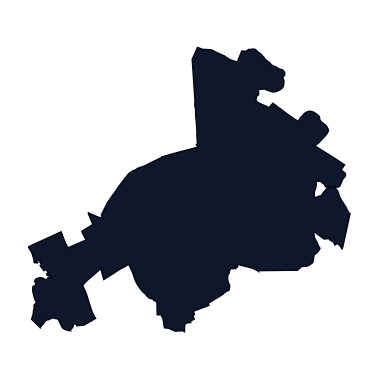 Ipotesti, Suceava, Romania (Albers equal-area conic projection), rotated 4°
{"feature_id": "2599482B72683060143677", "entity_name": "Ipotesti", "entity_type": "district", "adm_level": 2, "iso_a3": "ROU", "parent_name": "Romania", "parent_adm1": "Suceava", "projection": "albers", "projection_center": [26.291, 47.622], "detail": "fine", "context": "isolated", "style": "filled", "palette": "ink", "viewbox_px": 384, "rotation_deg": 4, "n_neighbors": 0, "source": "geoboundaries", "source_scale": "gbopen_adm2", "svg_char_len": 5949}
<svg xmlns="http://www.w3.org/2000/svg" viewBox="0 0 384 384"><g transform="rotate(4 192 192)"><path d="M346.3,235.6L351.1,202.6L350.4,202.5L350.0,202.2L349.8,201.6L349.4,200.9L348.8,199.9L348.3,199.4L347.9,198.9L346.5,196.3L345.6,195.2L343.1,191.6L342.7,191.4L342.1,190.6L339.6,186.5L337.4,181.1L336.3,179.7L335.2,178.7L332.4,177.6L330.8,177.3L328.9,177.6L327.3,178.4L326.4,179.1L325.3,180.4L324.8,181.1L324.6,181.5L323.1,183.3L322.7,184.1L322.0,185.8L321.6,186.2L321.1,186.4L320.9,186.8L320.0,187.0L318.2,187.6L316.5,188.8L315.7,188.7L315.5,188.9L315.4,189.2L315.1,189.2L314.3,187.8L314.1,186.9L314.1,183.1L314.2,182.5L314.5,181.7L314.8,180.2L315.2,178.6L315.4,176.8L315.2,173.7L315.1,173.0L316.2,172.6L317.4,172.3L319.8,172.4L320.5,172.9L321.5,173.8L323.6,175.0L324.6,177.3L325.0,177.5L336.4,177.0L337.6,176.8L338.6,176.1L339.1,175.4L341.4,168.9L341.8,168.2L343.5,166.0L343.8,165.4L343.9,164.5L343.9,163.6L343.7,163.0L342.8,162.0L338.9,159.7L342.3,154.3L330.5,147.7L310.8,137.2L312.9,135.9L315.3,133.8L317.5,130.8L320.2,127.6L321.6,125.7L322.7,124.0L323.5,122.3L323.8,121.3L323.7,120.3L322.1,117.7L321.0,116.4L317.8,114.1L316.6,113.5L315.5,112.5L314.5,110.9L314.1,109.9L313.9,109.3L314.0,108.5L313.8,108.0L313.3,107.4L312.8,106.9L310.0,105.1L307.2,103.7L304.0,103.2L301.9,103.8L300.0,104.8L298.7,105.8L296.9,108.4L295.8,109.4L295.1,110.2L294.0,112.3L293.2,114.2L292.6,114.1L283.1,108.5L279.1,106.1L276.7,104.3L273.1,102.2L266.5,97.8L263.5,101.8L263.1,102.7L262.2,102.4L260.6,101.5L255.1,99.6L251.1,97.9L249.6,96.5L249.3,95.0L249.8,92.2L250.1,91.6L251.1,90.8L251.6,89.8L251.6,88.9L251.1,86.4L251.2,85.7L251.4,85.4L252.1,85.0L252.8,84.8L257.3,84.1L258.0,84.5L261.4,85.6L265.2,86.5L266.8,86.4L268.7,85.9L270.8,84.9L272.3,84.1L273.5,83.1L274.7,82.0L275.3,81.0L275.7,80.1L275.9,78.7L276.0,75.8L275.8,74.5L274.6,71.9L274.6,71.5L275.1,70.5L275.8,69.6L276.1,68.8L276.3,67.7L276.0,66.5L274.8,64.5L273.3,63.7L270.7,63.3L269.8,63.0L267.8,61.7L262.6,59.9L260.6,57.8L257.3,55.7L255.0,53.9L254.7,53.1L252.6,51.1L250.8,49.3L248.8,48.3L245.2,45.4L242.7,45.2L239.7,45.8L238.7,45.8L237.7,46.6L237.9,46.8L237.7,47.0L235.6,47.9L231.9,47.9L228.4,58.4L227.6,59.0L225.2,58.6L221.8,57.7L219.3,56.8L214.6,53.9L207.6,51.5L201.3,48.8L192.8,49.0L187.4,47.5L183.0,59.8L188.5,99.7L188.9,106.8L189.6,107.0L190.5,116.6L191.4,121.4L192.8,131.7L192.9,133.3L193.0,135.4L193.9,142.2L194.0,143.3L193.9,143.7L193.1,144.6L195.3,146.5L189.8,148.6L177.2,152.8L159.5,159.1L159.7,159.5L148.3,166.0L142.9,169.4L136.3,172.1L133.0,174.7L131.9,174.7L130.2,176.2L128.6,177.2L127.1,178.9L125.3,181.4L117.1,193.9L116.9,194.7L114.9,198.1L113.1,200.7L108.5,208.5L103.3,221.1L104.1,224.3L100.6,223.8L92.7,221.1L90.1,220.0L90.0,220.3L90.8,222.1L93.9,228.4L95.5,231.3L84.8,239.0L85.7,240.8L89.4,246.6L89.4,247.2L89.0,247.7L72.0,256.5L69.3,251.8L67.8,248.8L64.2,240.9L36.2,256.2L33.6,257.6L33.0,258.3L32.9,258.8L35.0,261.5L36.5,263.8L37.3,265.6L38.6,269.3L39.2,270.7L39.2,272.2L39.4,273.0L39.8,273.6L40.5,273.3L41.3,273.3L42.2,273.6L43.2,273.1L41.4,270.9L42.7,269.9L43.5,270.8L44.1,270.5L44.9,272.0L46.9,274.8L45.7,275.9L46.3,276.8L49.9,280.8L51.6,279.4L54.2,282.3L52.6,283.9L53.5,285.1L54.0,285.6L54.5,285.6L54.9,285.4L55.0,284.8L57.9,286.1L57.5,286.5L56.9,286.7L56.1,286.7L55.4,287.1L54.1,288.2L53.5,289.0L52.2,289.7L51.8,289.7L49.5,288.5L48.3,288.2L47.1,288.1L45.9,288.2L43.9,288.9L42.6,289.6L41.8,290.6L41.5,291.9L41.3,292.5L42.9,292.7L42.2,295.4L41.8,297.3L40.0,297.2L39.9,300.2L40.2,302.5L42.4,309.2L44.4,312.6L44.9,313.2L42.6,315.4L42.4,316.0L42.7,319.0L42.1,321.9L42.2,324.4L40.9,330.1L50.1,338.0L50.5,336.7L51.6,335.3L52.7,334.1L53.7,332.2L54.5,331.0L55.5,330.2L56.6,329.6L57.9,329.3L59.7,328.2L61.8,327.4L62.7,327.1L64.0,327.6L66.9,328.0L67.6,328.6L68.7,330.2L70.2,333.1L71.8,335.7L72.8,336.9L74.2,337.6L76.1,338.3L78.7,338.8L80.4,338.7L80.2,338.5L80.2,338.0L80.6,337.4L81.7,336.3L82.4,335.2L82.7,334.5L82.9,332.7L83.1,332.3L83.6,331.8L84.5,331.5L84.8,331.9L85.3,331.6L86.8,333.6L87.2,333.3L93.6,332.2L104.6,324.8L102.0,321.1L100.4,317.9L97.1,309.9L94.5,303.0L93.2,300.1L89.4,292.7L91.9,289.4L94.0,287.1L101.5,279.7L106.4,274.7L110.1,285.4L118.8,279.1L124.2,274.8L127.9,272.5L129.7,271.5L132.9,269.1L134.0,268.4L138.3,276.3L139.7,279.3L140.3,281.2L141.5,283.8L142.8,286.2L144.6,288.9L146.8,291.6L149.1,294.1L150.3,295.3L152.6,296.8L154.1,298.7L156.4,300.5L157.4,301.0L159.9,301.3L161.0,301.6L161.1,302.4L163.1,303.3L164.3,304.0L164.8,304.7L165.4,311.8L165.6,313.7L165.8,316.4L166.0,316.7L166.3,316.9L169.9,316.5L170.2,316.6L170.3,316.9L170.3,318.0L170.7,318.6L171.7,319.4L172.2,321.8L173.1,324.6L173.2,326.4L173.5,327.4L173.8,328.5L174.3,329.3L174.8,329.5L177.5,329.4L178.4,329.6L184.3,331.7L185.3,331.9L191.8,331.0L192.7,331.0L194.2,331.8L193.9,324.6L197.4,322.0L197.9,322.7L199.8,322.2L199.3,321.0L203.0,318.6L201.6,315.5L202.3,314.8L202.9,313.9L201.6,310.8L216.7,303.9L216.3,303.0L216.0,301.7L227.0,294.0L230.5,291.3L230.9,290.5L233.1,288.8L235.4,287.6L235.8,287.1L236.1,284.8L236.1,283.3L236.0,282.5L235.5,281.5L234.5,279.8L233.9,277.7L233.5,276.2L233.5,272.8L233.7,271.7L234.8,270.2L234.9,269.8L234.8,268.5L234.9,267.7L236.2,265.5L238.3,265.7L240.5,264.5L240.8,265.2L242.6,263.4L242.7,262.8L242.2,262.1L241.6,261.6L241.2,261.6L241.1,261.3L243.2,261.1L257.6,263.7L262.7,265.8L263.7,266.4L263.4,265.7L266.0,265.6L299.0,262.9L301.7,262.8L302.6,262.6L304.7,260.6L306.2,258.9L306.9,258.5L309.7,258.3L311.7,257.9L313.5,257.1L316.7,254.6L317.4,253.8L317.5,253.1L317.5,251.6L317.7,251.0L317.9,249.7L317.9,247.9L318.1,246.9L318.5,246.0L319.0,245.2L320.5,244.3L321.7,242.8L322.6,241.4L323.4,239.7L323.5,239.1L322.3,237.7L320.3,233.8L316.8,228.2L317.2,227.3L316.3,225.9L316.3,225.0L316.9,223.5L317.9,223.7L318.9,224.1L318.7,224.5L324.9,228.2L326.6,229.5L327.8,229.6L330.8,229.0L331.7,229.1L333.3,230.4L335.5,231.3L336.9,232.3L338.3,234.8L340.7,233.1L340.9,233.2L341.7,233.8L343.2,235.0L344.4,236.4L345.4,238.0L345.7,238.2L346.3,235.6Z" fill="#0f172a" stroke="#020617" stroke-width="1.5"/></g></svg>